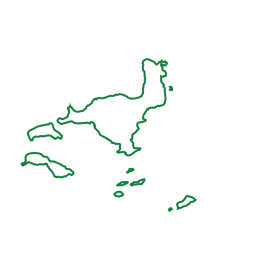 Palm Island, Queensland, Australia, rotated 293°
{"feature_id": "25037944B36323732446250", "entity_name": "Palm Island", "entity_type": "district", "adm_level": 2, "iso_a3": "AUS", "parent_name": "Australia", "parent_adm1": "Queensland", "projection": "robinson", "projection_center": [146.576, -18.75], "detail": "fine", "context": "isolated", "style": "outline", "palette": "green", "viewbox_px": 256, "rotation_deg": 293, "n_neighbors": 0, "source": "geoboundaries", "source_scale": "gbopen_adm2", "svg_char_len": 5747}
<svg xmlns="http://www.w3.org/2000/svg" viewBox="0 0 256 256"><g transform="rotate(293 128 128)"><path d="M112.0,141.6L112.9,140.3L113.8,139.6L116.1,138.9L117.9,135.4L118.8,135.1L119.3,135.9L120.3,136.0L122.6,134.9L124.0,134.8L126.2,136.3L130.9,138.0L131.7,138.0L132.6,137.3L133.0,136.2L134.2,135.4L135.8,134.9L137.1,135.5L139.4,139.1L141.2,141.1L141.8,141.4L142.2,141.3L142.4,138.8L142.6,138.2L144.6,137.5L146.0,137.3L152.9,138.4L152.7,139.0L153.2,138.9L153.5,139.2L154.3,139.4L154.9,140.5L155.9,141.2L156.5,143.6L157.1,144.5L157.7,144.7L158.0,145.4L159.5,146.3L160.4,147.6L160.4,148.4L161.4,149.3L162.2,150.6L163.5,151.7L166.1,152.0L166.3,151.8L169.4,151.2L174.2,148.7L176.1,147.3L176.9,147.4L177.4,147.1L179.6,145.7L180.2,144.2L181.6,144.2L183.9,140.3L188.4,138.4L188.2,139.1L188.6,139.8L190.2,141.0L190.1,141.9L190.3,142.3L192.0,142.1L194.1,140.9L194.7,140.1L194.5,138.7L195.2,136.8L197.5,136.1L198.2,134.2L199.7,133.6L200.0,136.3L199.9,137.4L200.2,138.1L200.6,138.2L202.6,138.6L203.1,138.3L203.5,137.7L203.0,136.4L203.7,136.1L202.5,134.6L202.5,133.8L203.0,132.7L201.5,132.6L201.4,131.7L201.0,131.1L200.6,130.8L200.2,130.9L198.6,130.3L197.6,129.4L197.7,128.7L198.7,127.0L199.1,125.8L199.1,119.5L198.5,118.0L197.6,117.1L196.1,116.2L195.0,115.9L193.6,116.0L192.9,116.8L191.6,117.7L189.8,117.8L188.3,118.5L187.1,119.4L186.1,121.3L184.5,121.9L183.9,122.4L182.3,122.9L180.5,124.5L178.5,124.8L176.6,125.7L175.6,125.7L174.7,125.4L174.3,125.7L173.7,125.5L172.9,125.6L172.1,126.2L170.2,126.3L169.0,127.2L167.5,127.3L166.8,127.9L165.8,128.0L165.7,128.2L163.4,127.8L162.9,128.1L161.7,127.2L160.2,125.9L158.0,122.9L156.6,120.3L156.0,118.7L156.0,115.9L156.4,115.0L156.8,112.1L156.5,111.8L156.5,109.5L155.9,107.0L154.4,105.4L154.1,104.3L153.4,103.1L152.9,103.1L151.8,101.9L151.1,100.3L150.9,99.2L150.3,98.8L148.0,95.9L147.1,95.4L145.6,93.4L145.3,92.3L144.7,91.2L144.3,89.7L143.8,88.7L142.9,87.9L142.2,88.0L141.9,87.4L142.1,86.4L141.8,85.9L138.4,84.7L137.2,85.0L136.6,84.8L133.6,83.2L133.2,82.7L133.2,82.3L132.2,82.0L131.4,81.4L129.8,81.7L127.2,80.2L126.3,79.9L123.3,75.4L122.9,74.4L122.9,71.6L124.3,68.7L125.3,67.8L125.2,66.7L125.5,66.4L125.1,66.5L125.0,66.0L124.6,66.0L124.6,65.8L123.7,65.4L123.2,65.0L122.8,64.9L122.3,65.2L122.2,65.9L121.5,66.1L121.0,66.8L119.3,67.8L116.8,67.6L114.8,68.0L111.1,65.0L110.4,63.5L110.3,61.3L110.0,60.8L109.4,60.5L107.3,60.2L106.5,60.7L106.2,61.3L105.6,65.1L111.9,73.0L112.2,73.7L111.8,76.3L112.2,78.8L112.7,80.2L115.1,85.1L117.1,88.5L117.1,89.1L116.9,89.3L117.1,90.7L117.4,91.3L118.9,91.4L119.4,92.8L119.0,94.3L118.1,96.0L117.7,96.2L117.3,95.9L116.8,96.1L116.6,97.1L116.3,97.3L115.7,97.0L115.1,97.3L113.0,102.7L110.9,104.8L110.4,108.1L110.4,111.0L110.1,111.8L110.0,114.2L109.6,114.4L109.7,114.8L109.2,117.7L108.0,119.3L108.7,120.3L108.7,122.4L108.4,122.8L108.8,123.1L110.0,126.6L109.4,127.5L107.7,127.7L105.6,129.0L104.5,128.8L101.8,127.5L101.6,127.6L101.6,129.1L104.3,133.0L104.4,134.5L104.1,135.3L103.7,135.5L103.8,135.7L102.9,135.7L102.7,137.1L102.9,137.9L102.6,138.7L103.8,140.5L107.0,142.7L109.1,143.8L110.9,145.3L112.4,147.1L114.0,147.4L114.1,147.1L112.2,142.6L112.0,141.6ZM61.2,64.4L62.1,65.2L62.4,65.9L62.9,66.0L63.2,67.4L62.5,67.8L61.2,69.2L61.2,69.9L59.6,71.7L58.3,74.9L55.4,78.8L55.0,78.9L54.7,80.3L55.0,81.1L54.9,81.7L56.1,82.9L56.1,85.1L56.7,85.7L57.2,86.9L58.4,88.0L59.0,89.5L62.0,91.2L62.8,92.6L62.6,94.5L64.2,95.6L65.5,95.2L66.1,94.3L67.1,91.1L67.1,89.7L66.5,87.9L66.5,86.6L68.0,85.0L67.7,83.9L67.9,81.2L68.2,80.6L68.3,75.8L68.2,73.2L67.7,71.1L67.0,70.1L67.2,68.5L69.2,66.0L69.5,65.1L69.4,63.5L68.9,62.0L68.9,60.9L69.9,58.7L69.9,56.5L68.9,53.0L67.7,50.0L66.1,47.5L64.5,45.8L63.2,45.1L62.3,45.3L61.5,45.1L59.5,45.7L57.8,46.8L57.4,46.8L55.5,46.2L54.5,45.2L53.9,44.2L53.4,44.1L52.3,45.6L54.6,47.8L56.5,48.9L57.9,50.1L58.0,53.7L57.8,54.4L57.8,55.7L58.1,56.3L58.4,58.3L59.1,59.7L60.1,60.7L60.7,62.6L61.3,63.5L61.2,64.4ZM90.7,60.3L90.2,61.2L90.2,63.3L90.0,64.0L89.4,64.5L89.5,65.1L90.3,65.9L92.0,66.9L92.3,69.0L91.8,70.1L92.2,70.6L93.4,70.7L95.1,70.1L95.4,68.6L96.6,66.6L97.4,61.6L98.1,60.0L100.3,58.5L101.7,57.1L102.4,55.7L102.2,54.7L101.6,54.0L100.3,53.7L99.5,51.7L99.2,51.5L95.4,46.0L93.8,44.1L86.8,38.2L84.3,37.7L81.4,40.1L79.4,42.4L78.7,43.4L78.9,44.4L79.5,44.9L80.7,44.5L82.9,45.1L83.7,45.9L84.5,47.5L85.0,49.2L85.9,49.9L86.3,50.7L86.8,51.7L86.7,52.3L87.3,52.9L87.7,53.8L87.8,54.5L89.1,55.9L90.4,58.3L90.7,60.3ZM82.8,207.4L81.4,206.5L79.8,204.4L78.0,203.0L77.3,203.2L76.6,203.0L75.1,204.6L74.6,204.7L73.9,205.4L73.2,205.4L73.4,206.0L74.2,206.3L74.7,206.9L75.5,208.2L76.8,209.0L77.2,209.6L77.8,210.1L79.7,212.4L81.3,213.2L81.7,213.7L84.0,214.5L84.6,214.9L85.2,215.9L85.3,216.5L88.2,218.3L89.2,214.9L89.3,213.8L89.0,211.5L88.6,210.1L88.6,209.2L87.2,208.2L86.6,208.2L82.8,207.4ZM77.0,152.7L76.5,153.7L76.6,154.1L78.5,155.8L78.8,156.9L80.2,159.4L80.9,160.3L81.3,161.9L81.9,162.6L82.6,162.6L83.4,162.8L83.6,163.1L85.6,163.5L86.7,163.5L87.2,163.2L86.7,161.9L86.1,161.5L83.7,158.9L82.5,158.8L82.3,158.2L81.8,157.8L81.2,156.2L80.4,154.6L79.4,153.8L78.7,153.7L77.6,152.7L77.0,152.7ZM60.6,144.2L61.4,145.7L61.3,146.6L63.7,149.2L64.9,149.6L66.4,146.4L65.5,144.0L64.8,142.9L62.1,141.3L61.5,141.4L60.8,142.9L60.6,144.2ZM70.9,140.9L71.8,141.9L73.3,145.5L74.5,146.1L74.9,146.9L76.6,148.5L77.6,149.0L78.1,148.8L76.1,144.2L75.1,143.0L73.9,142.3L73.5,141.7L72.4,141.5L71.9,140.6L71.0,140.5L70.9,140.9ZM91.9,147.4L90.7,145.4L89.2,145.5L87.8,145.0L87.1,144.4L86.7,144.6L87.5,145.7L88.7,146.3L89.4,147.6L91.7,149.3L92.1,148.5L91.9,147.4ZM182.7,151.1L182.4,150.5L182.2,150.4L181.5,151.4L180.4,152.1L179.6,151.7L179.5,152.4L179.7,153.1L180.4,153.7L182.0,153.0L182.7,151.1ZM68.0,198.3L68.4,199.0L69.6,199.2L70.5,200.0L70.9,199.5L70.9,198.7L70.0,197.7L68.8,197.7L68.0,198.3Z" fill="none" stroke="#15803d" stroke-width="2"/></g></svg>